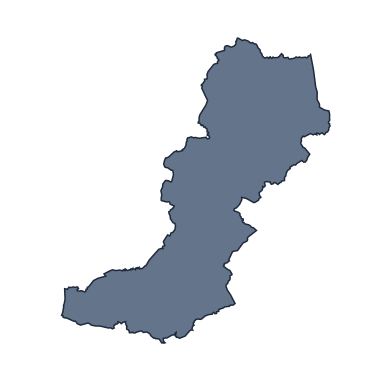 Tha Yang, Phetchaburi, Thailand, rotated 171°
{"feature_id": "78962969B57494861124372", "entity_name": "Tha Yang", "entity_type": "district", "adm_level": 2, "iso_a3": "THA", "parent_name": "Thailand", "parent_adm1": "Phetchaburi", "projection": "mercator", "projection_center": [99.807, 12.809], "detail": "fine", "context": "isolated", "style": "filled", "palette": "slate", "viewbox_px": 384, "rotation_deg": 171, "n_neighbors": 0, "source": "geoboundaries", "source_scale": "gbopen_adm2", "svg_char_len": 5960}
<svg xmlns="http://www.w3.org/2000/svg" viewBox="0 0 384 384"><g transform="rotate(171 192 192)"><path d="M166.9,75.1L170.0,84.3L172.5,89.8L173.2,93.8L172.8,95.0L171.1,96.0L170.0,98.4L168.9,98.7L167.9,100.3L167.7,103.1L165.4,104.2L165.4,104.8L166.9,108.6L168.9,109.9L172.5,113.8L171.6,114.8L171.8,115.7L171.4,115.9L171.7,116.1L170.9,115.9L170.3,116.5L168.0,116.7L167.6,117.3L165.8,118.2L166.2,119.5L161.3,126.7L159.1,127.1L156.2,127.0L149.5,133.7L145.6,134.8L144.6,136.0L144.5,137.8L143.5,138.9L134.3,143.9L136.9,147.0L138.9,147.9L139.6,149.4L141.2,150.8L144.6,152.1L145.5,153.7L146.5,154.0L146.8,155.8L145.8,156.0L145.7,157.4L146.9,157.7L147.5,158.6L147.5,159.8L148.4,161.4L148.0,163.1L149.3,164.6L153.3,166.8L153.5,167.3L152.8,168.8L150.4,169.5L147.0,172.3L144.1,176.4L143.8,178.9L139.3,177.1L132.7,171.9L131.5,171.9L127.7,173.4L126.7,175.0L124.8,176.0L125.9,178.2L125.8,180.9L122.6,182.7L121.2,185.3L121.4,186.2L119.6,185.8L118.7,186.9L119.0,189.9L118.5,190.5L116.6,190.6L113.2,189.6L113.1,188.2L112.4,187.2L110.3,187.5L109.9,188.2L108.6,188.5L106.0,186.0L104.8,186.9L104.2,186.9L103.4,187.7L102.5,187.7L101.6,188.8L98.9,188.8L98.3,192.0L96.7,193.3L96.5,194.8L94.5,198.1L91.3,199.8L91.4,201.1L87.1,203.0L85.5,202.4L83.7,203.9L78.7,206.0L77.0,204.0L75.6,203.8L73.8,205.3L72.4,208.1L69.8,210.9L73.8,217.8L75.7,219.0L75.6,219.7L76.9,222.5L76.9,223.7L76.0,224.9L75.7,227.8L73.6,229.8L72.5,229.0L65.7,231.2L63.4,229.5L61.4,230.1L59.8,228.9L59.6,230.7L57.8,229.9L57.2,228.9L55.5,229.8L54.1,230.0L52.8,228.3L52.1,228.0L50.4,229.8L48.8,230.1L47.3,231.8L46.8,234.1L45.3,235.6L45.7,236.7L45.4,237.7L46.3,238.3L46.3,239.5L44.6,241.6L44.8,242.1L43.9,247.3L44.1,250.6L48.2,252.2L52.7,255.7L52.4,259.0L54.0,263.8L52.7,271.1L53.4,276.3L52.9,293.8L53.4,309.2L54.6,308.2L56.0,308.1L56.4,307.2L57.6,306.5L58.8,307.4L63.0,307.6L65.0,308.6L66.4,308.1L68.1,309.1L70.1,308.1L74.7,308.0L75.5,308.5L76.1,309.9L79.2,310.0L80.4,310.5L80.7,311.1L80.5,312.7L81.9,314.6L83.9,313.0L84.3,312.2L85.3,312.0L85.9,311.4L89.6,311.7L90.9,312.6L91.9,311.5L92.5,311.6L93.6,313.3L94.5,312.9L94.6,312.2L95.1,311.9L96.5,313.3L99.5,312.9L101.3,315.5L101.4,317.3L102.6,319.7L102.6,321.9L104.4,324.3L104.7,326.3L105.6,328.1L107.3,328.6L108.8,330.1L110.7,329.9L112.9,332.3L116.1,334.0L116.9,334.1L118.3,333.6L122.6,336.9L123.4,336.6L124.3,334.4L125.2,333.9L125.3,331.5L127.3,329.6L130.6,328.9L134.1,331.0L136.3,330.9L137.4,329.4L137.7,326.8L146.2,325.7L146.5,324.6L147.7,324.4L147.7,323.8L146.0,321.4L146.2,320.0L144.9,318.7L144.9,317.8L146.3,317.1L146.7,315.1L149.0,315.0L150.7,314.5L157.4,308.3L159.0,305.3L158.8,304.0L159.4,301.4L162.0,301.4L162.2,299.7L163.8,297.9L166.0,296.4L166.2,295.7L165.2,295.1L166.1,292.9L162.3,279.9L164.8,275.5L172.0,267.2L173.2,265.0L174.0,260.8L174.7,260.5L175.1,259.2L173.3,258.4L172.5,256.3L172.1,256.1L171.6,256.6L170.6,256.2L170.4,254.4L168.8,254.2L168.9,253.5L167.3,251.9L167.7,248.9L166.7,248.7L166.3,247.4L167.7,247.0L168.0,245.7L167.2,245.6L167.2,245.2L166.4,244.9L166.1,242.7L168.1,241.9L168.9,242.5L169.5,243.9L176.2,243.9L180.4,245.4L181.6,245.2L184.2,246.6L186.6,246.1L187.6,246.3L188.7,245.0L189.0,243.0L189.8,242.3L190.6,239.2L192.6,236.3L195.0,235.3L194.8,234.4L199.0,234.0L200.5,234.2L200.6,235.1L203.5,234.3L209.6,230.2L211.5,229.7L212.7,229.8L214.3,227.3L215.6,223.8L215.0,221.1L214.0,220.3L212.2,219.7L209.2,216.8L207.9,216.5L207.6,215.9L207.6,211.9L210.5,205.5L211.6,205.3L213.5,206.8L215.8,207.5L216.7,207.3L219.5,204.5L220.3,201.5L222.5,198.2L222.3,193.9L223.5,190.3L223.7,188.4L218.6,186.1L216.4,186.1L215.7,185.3L215.4,183.3L211.7,181.0L213.0,179.2L213.6,179.1L214.4,178.2L215.7,177.9L216.8,176.5L217.9,176.2L218.1,174.2L217.4,172.3L217.5,168.9L215.6,164.7L213.8,163.6L213.6,161.0L214.7,157.6L217.3,155.1L219.2,154.8L220.7,152.1L222.8,153.4L227.7,147.9L228.0,147.5L227.3,143.3L229.3,142.9L229.9,141.9L229.5,140.7L231.3,141.0L233.8,140.6L244.9,131.5L248.8,126.6L249.6,126.5L253.1,124.2L255.6,124.4L255.4,124.7L256.0,124.9L256.0,125.8L256.5,125.4L257.2,125.8L257.5,125.2L258.5,125.7L258.5,124.9L259.6,125.4L260.1,124.4L260.3,124.9L262.4,125.1L262.4,125.6L262.8,125.1L263.3,125.5L263.8,124.8L264.5,125.5L265.0,124.7L265.6,125.0L268.0,124.5L268.7,125.1L269.7,124.8L269.9,125.4L269.2,125.5L269.7,126.4L270.6,126.3L271.2,125.5L271.6,125.7L271.5,125.1L272.6,125.4L273.0,125.0L275.5,126.2L279.7,126.3L282.6,127.6L285.8,126.9L291.7,124.9L290.4,122.4L298.4,121.5L303.1,119.9L307.9,115.4L309.3,114.3L310.3,114.3L310.5,112.5L311.8,112.5L312.6,110.4L313.3,110.0L316.3,111.6L317.4,111.9L318.3,111.6L320.7,112.4L320.9,113.4L319.2,114.2L319.8,116.1L322.5,116.2L324.3,116.8L325.8,116.5L328.6,117.2L330.1,115.4L332.9,116.4L334.1,106.2L335.6,101.8L336.8,99.7L336.6,98.9L338.5,93.4L340.1,90.5L338.8,89.8L339.0,88.8L338.2,88.0L336.7,87.4L336.2,87.6L328.7,82.7L328.2,82.9L327.2,82.5L325.9,79.8L322.9,78.0L315.4,78.8L313.9,78.1L312.7,76.6L311.2,75.8L307.9,74.7L303.8,74.0L296.0,70.8L293.4,70.5L292.0,69.3L290.2,69.8L290.3,71.8L289.9,72.5L288.7,72.8L288.4,73.5L286.7,73.3L285.7,73.8L285.6,75.4L283.7,74.5L282.4,73.0L280.3,74.2L277.8,74.3L278.2,73.1L277.7,70.0L277.2,69.7L277.9,67.9L277.9,66.6L276.4,65.8L275.8,64.1L275.8,62.8L274.1,62.5L273.3,62.9L272.3,62.6L272.1,62.0L270.3,61.7L268.5,62.3L264.2,62.8L263.4,62.6L262.1,60.9L258.4,60.8L255.7,58.4L255.3,56.7L252.7,53.6L251.6,53.7L250.9,52.8L248.0,52.3L246.8,50.7L245.6,47.7L243.5,47.4L243.3,47.1L242.2,47.3L243.4,48.8L243.4,51.6L243.0,52.1L239.5,51.8L234.2,53.8L232.2,53.7L229.7,55.9L229.8,54.6L230.4,54.5L231.2,53.1L231.0,52.3L230.1,52.0L230.1,50.9L228.7,50.6L227.1,49.5L221.3,50.8L215.8,55.4L214.5,55.9L213.0,55.5L213.5,56.5L212.8,58.4L211.6,60.1L210.9,60.1L211.4,61.4L211.1,62.4L210.4,62.7L210.4,63.5L209.5,64.5L208.7,64.7L208.2,65.5L206.4,65.7L203.7,64.9L202.3,65.1L198.4,67.5L194.8,68.3L191.0,68.2L190.4,69.1L189.3,69.8L188.8,69.4L188.4,68.2L186.8,68.2L186.4,69.9L184.3,69.9L183.9,71.8L179.5,72.5L177.4,73.5L173.0,73.2L172.1,74.2L169.0,73.9L166.9,75.1Z" fill="#64748b" stroke="#1e293b" stroke-width="1.5"/></g></svg>